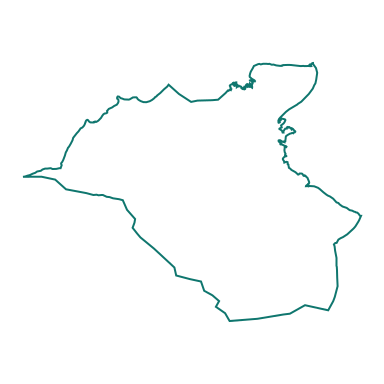 Chandmani, Hovd, Mongolia
{"feature_id": "93677404B83292258053511", "entity_name": "Chandmani", "entity_type": "district", "adm_level": 2, "iso_a3": "MNG", "parent_name": "Mongolia", "parent_adm1": "Hovd", "projection": "robinson", "projection_center": [93.079, 47.751], "detail": "fine", "context": "isolated", "style": "outline", "palette": "teal", "viewbox_px": 384, "rotation_deg": 0, "n_neighbors": 0, "source": "geoboundaries", "source_scale": "gbopen_adm2", "svg_char_len": 5837}
<svg xmlns="http://www.w3.org/2000/svg" viewBox="0 0 384 384"><path d="M23.0,176.8L41.4,176.7L55.2,179.6L66.0,189.3L86.3,193.1L93.4,195.0L96.6,194.7L98.5,195.3L101.4,195.0L102.9,195.0L106.7,196.8L109.6,197.1L113.0,198.3L119.1,199.2L122.8,200.2L127.0,209.8L135.1,219.0L134.5,222.6L132.6,227.8L137.1,233.5L140.4,237.4L154.0,248.6L174.4,267.5L176.2,275.5L189.9,279.1L201.0,281.5L204.2,290.8L212.4,295.3L219.1,301.1L215.9,306.8L225.1,313.2L229.6,321.0L257.4,318.8L283.4,314.5L289.9,313.7L305.0,305.2L328.2,310.3L333.2,301.2L334.8,296.9L337.6,286.2L337.2,277.6L337.0,270.1L336.8,266.8L336.5,265.9L336.5,257.9L335.1,250.7L334.6,246.3L333.9,244.4L335.3,243.0L336.6,242.9L338.4,239.6L340.6,238.2L343.0,237.1L347.3,234.3L353.7,228.4L355.4,226.4L358.2,221.9L359.1,220.3L361.0,215.9L360.1,215.9L358.4,213.6L357.2,212.6L355.9,212.4L355.2,211.9L353.9,211.6L352.3,210.7L349.6,210.1L346.7,207.9L342.5,206.5L339.6,204.4L338.4,203.0L336.5,202.4L333.2,198.7L330.0,196.5L327.9,195.6L326.5,194.7L323.3,192.2L319.8,189.1L318.0,187.8L314.2,186.3L309.5,186.0L308.4,186.4L307.8,186.1L306.0,186.2L306.1,185.8L307.2,184.9L307.9,184.8L308.4,184.4L308.2,183.8L309.0,183.2L309.2,182.7L309.0,181.6L307.4,177.7L306.3,176.9L305.6,175.9L304.6,175.3L304.4,175.4L304.2,175.9L303.6,175.8L302.3,173.8L301.2,173.5L299.6,173.5L298.8,174.4L298.1,174.6L295.5,172.2L291.4,169.9L290.3,168.7L288.9,167.8L288.7,166.3L288.4,165.6L288.4,164.6L287.6,164.0L287.7,163.2L287.5,162.1L286.2,161.8L284.3,162.6L284.0,161.1L282.9,159.5L282.9,158.5L284.0,157.2L284.8,156.6L286.3,156.2L286.3,155.9L285.9,155.5L285.0,155.7L285.2,154.2L285.5,153.7L284.7,152.1L284.4,150.0L284.6,149.0L284.7,146.9L286.2,147.2L286.5,146.7L286.0,146.2L284.3,145.7L283.5,145.2L281.4,144.4L280.5,144.4L280.3,144.1L280.3,143.7L281.0,143.2L278.8,141.6L278.6,141.1L278.6,140.5L279.1,140.2L280.3,140.3L282.5,141.7L284.3,142.2L284.2,141.7L284.6,141.6L284.5,141.3L285.3,141.2L285.3,140.9L285.7,138.1L285.7,137.1L286.1,136.1L287.6,135.0L290.1,133.6L290.9,133.5L292.2,132.9L293.3,133.3L294.0,132.4L294.8,132.3L295.3,131.7L295.2,131.3L294.3,130.6L292.9,128.9L292.6,128.8L292.2,129.0L292.1,129.4L291.7,129.6L291.5,129.1L291.7,128.3L291.6,128.1L290.6,128.3L289.5,127.2L288.8,127.6L288.2,127.6L288.2,127.0L287.8,126.9L287.2,127.1L287.0,127.4L286.8,128.6L285.3,128.6L284.3,129.8L284.2,130.2L283.6,131.0L283.4,131.6L283.5,132.5L282.6,132.5L282.1,131.0L281.8,130.6L280.2,129.4L279.5,129.2L279.4,128.7L279.6,128.5L281.7,127.4L281.1,125.4L283.7,123.3L284.6,122.0L285.4,120.1L285.2,119.6L284.7,119.3L281.4,118.5L280.7,120.2L279.9,120.4L279.6,121.0L279.8,122.3L278.8,122.8L278.5,122.6L278.4,121.3L278.4,120.5L279.1,118.9L280.4,117.4L286.0,111.8L289.2,109.3L297.3,104.5L298.0,103.8L301.3,101.7L308.8,94.0L312.8,88.6L314.3,85.1L315.4,83.4L316.2,79.7L317.2,72.8L316.0,68.1L313.1,64.1L313.0,63.0L312.3,63.1L311.5,64.1L309.8,64.5L308.9,65.6L308.9,65.8L309.4,65.9L311.2,65.9L311.3,66.1L310.9,66.2L308.4,66.0L304.4,66.1L303.3,65.9L300.8,66.1L291.0,65.0L288.4,64.9L283.1,65.1L281.6,65.6L282.0,65.8L281.8,65.9L280.3,65.9L276.2,65.4L273.6,64.6L271.7,64.7L269.4,63.8L268.2,64.0L266.5,63.8L263.1,63.8L260.8,64.4L259.3,63.9L258.0,64.2L253.9,66.0L252.8,68.2L250.8,71.6L250.1,73.6L249.6,75.9L249.8,77.0L251.8,78.8L254.4,80.3L255.0,81.1L254.8,81.4L253.8,80.8L252.3,80.6L250.9,80.1L250.4,80.2L250.0,80.4L250.2,80.7L250.9,80.4L251.7,81.2L252.4,81.1L253.3,81.5L253.1,81.8L252.4,81.8L252.2,82.5L252.6,82.9L252.6,83.6L252.2,84.1L251.7,84.2L252.0,84.7L251.9,85.4L252.2,87.0L252.1,87.7L251.8,87.5L251.1,86.2L250.9,85.3L250.5,84.9L250.2,83.8L249.9,83.5L249.7,84.6L249.4,84.9L248.9,84.7L249.0,85.1L249.5,85.3L249.5,85.8L250.2,86.1L250.2,86.3L249.4,86.3L249.6,86.9L249.2,86.9L248.2,85.7L247.8,85.7L247.8,85.3L248.3,85.1L248.2,84.8L247.9,84.3L247.5,84.3L247.1,84.1L246.7,84.4L247.0,85.0L246.8,85.7L247.5,86.2L247.6,86.8L247.4,86.9L247.0,86.3L246.3,85.9L245.8,86.9L245.6,86.9L245.4,86.5L245.2,87.0L244.7,86.9L244.8,87.7L245.3,88.3L245.3,88.7L245.0,89.1L244.2,89.4L243.5,89.0L243.8,88.4L243.5,88.1L243.3,88.7L242.5,89.0L242.2,88.7L242.4,88.1L242.1,88.1L241.8,88.4L241.4,88.1L241.5,87.4L241.1,86.7L240.5,86.6L240.0,86.2L239.5,86.3L239.0,85.8L238.3,86.1L237.8,86.7L237.3,86.7L236.8,87.1L236.8,86.6L237.0,86.3L237.7,86.3L237.2,85.7L237.4,84.8L236.9,84.4L236.3,84.7L236.1,85.3L234.8,85.1L234.8,85.8L234.4,85.9L234.0,85.3L234.9,84.1L234.8,83.8L234.2,83.7L234.2,83.3L235.7,82.9L236.3,82.6L236.3,82.4L235.2,82.5L234.7,82.9L234.0,83.1L233.5,82.7L232.9,83.0L232.9,83.9L232.5,84.4L231.7,84.2L230.1,85.2L229.8,85.7L229.9,86.1L230.3,86.6L230.4,87.4L230.7,87.6L230.6,88.8L231.3,89.1L231.2,89.4L230.8,89.4L230.7,90.1L230.2,89.9L230.1,89.6L229.5,89.8L228.6,90.8L227.9,90.5L225.6,93.0L218.1,99.7L212.0,100.2L197.5,100.6L191.1,101.9L179.0,94.0L168.6,84.7L167.2,86.6L164.0,89.3L160.3,93.0L156.9,95.7L156.6,96.3L154.9,97.3L154.4,98.1L152.1,99.9L149.8,101.2L146.3,102.2L143.4,102.1L140.7,101.1L138.5,99.8L137.5,98.8L136.9,97.7L136.3,97.3L133.0,97.4L129.6,99.4L128.6,99.6L124.2,99.4L122.3,98.6L120.8,98.2L118.9,96.6L117.7,96.5L117.2,97.3L117.1,98.1L117.2,98.7L118.1,99.3L118.4,99.9L118.5,101.7L118.0,103.0L116.8,104.7L114.1,106.0L112.2,107.4L108.8,108.9L107.0,111.0L107.3,111.9L107.2,112.7L105.9,113.4L104.6,113.5L103.4,114.3L102.0,116.2L101.1,117.8L98.3,120.7L96.5,121.8L95.8,122.0L95.2,121.5L94.0,121.9L94.0,122.4L93.6,122.5L90.3,122.4L88.9,121.4L88.2,120.3L87.6,119.9L87.1,119.9L86.2,120.5L85.6,121.6L85.5,122.5L85.0,123.2L85.0,123.7L84.0,125.7L82.4,127.5L80.6,128.4L78.5,131.4L76.8,133.2L73.2,137.8L72.5,140.3L70.7,143.8L69.0,146.7L68.0,147.8L66.9,150.5L65.8,152.4L64.9,155.6L63.3,159.8L62.3,161.8L61.2,163.2L61.1,163.9L61.7,165.1L60.6,168.2L59.4,168.2L56.3,168.9L53.4,169.0L52.4,169.0L51.0,168.3L50.5,168.2L47.2,168.6L45.1,168.6L42.5,169.5L40.8,170.8L37.1,171.5L35.3,172.8L32.7,173.7L29.8,175.1L27.4,175.7L25.1,176.5L23.0,176.8Z" fill="none" stroke="#0f766e" stroke-width="2"/></svg>